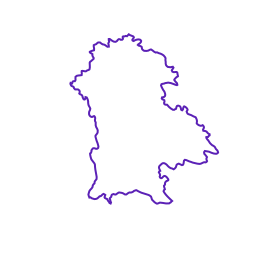 Kalinkavichy, Gomel, Belarus, rotated 45°
{"feature_id": "67162791B95934163913722", "entity_name": "Kalinkavichy", "entity_type": "district", "adm_level": 2, "iso_a3": "BLR", "parent_name": "Belarus", "parent_adm1": "Gomel", "projection": "equal_earth", "projection_center": [29.457, 52.185], "detail": "fine", "context": "isolated", "style": "outline", "palette": "violet", "viewbox_px": 256, "rotation_deg": 45, "n_neighbors": 0, "source": "geoboundaries", "source_scale": "gbopen_adm2", "svg_char_len": 5764}
<svg xmlns="http://www.w3.org/2000/svg" viewBox="0 0 256 256"><g transform="rotate(45 128 128)"><path d="M62.3,61.2L62.4,63.8L61.2,64.6L60.8,65.7L59.8,66.6L59.8,67.3L60.6,68.0L61.4,68.5L61.5,69.6L60.6,70.7L59.4,71.0L58.6,71.8L58.5,73.1L58.7,74.1L58.5,75.2L58.3,75.8L57.4,76.6L56.8,77.0L55.2,77.5L52.1,78.0L51.5,78.7L52.3,79.5L53.7,80.3L53.9,81.3L54.3,82.2L55.6,82.9L56.9,84.0L56.0,85.1L53.0,85.6L51.8,86.1L51.1,86.7L49.7,87.1L47.7,87.3L46.4,88.6L46.2,89.8L46.2,91.2L45.6,92.5L45.2,93.6L45.9,94.4L48.1,96.0L49.0,97.1L48.0,98.8L47.5,99.9L47.1,101.1L47.5,101.5L48.4,101.5L49.9,101.0L50.6,100.9L51.4,101.8L52.4,102.3L54.3,102.8L54.8,103.5L54.7,104.9L54.6,106.8L54.4,108.0L54.8,109.0L57.1,111.1L58.3,112.3L59.3,113.8L59.2,114.5L58.3,116.5L58.2,117.5L57.8,118.1L57.1,118.6L55.5,119.7L55.0,120.4L55.5,121.1L56.8,122.1L57.8,123.4L56.6,125.0L55.8,125.9L54.9,127.3L54.7,128.9L55.6,129.9L56.9,131.1L57.2,131.7L57.3,132.5L56.7,133.0L56.1,134.1L56.3,135.0L57.0,136.0L56.1,136.7L55.6,136.8L56.0,137.5L57.5,138.1L58.3,138.2L60.0,137.5L60.8,137.5L61.6,138.0L62.7,138.1L63.3,138.1L63.8,137.7L64.8,136.6L65.6,136.0L67.1,135.9L67.9,136.2L68.7,137.1L69.2,138.1L70.3,138.0L70.8,137.7L72.2,137.4L73.5,137.8L74.3,138.4L76.0,139.0L76.5,139.0L77.2,138.5L77.2,137.8L76.8,137.1L76.1,136.2L77.2,135.6L78.5,136.0L80.0,136.7L81.4,137.7L81.8,138.2L83.1,139.2L84.3,139.9L86.5,140.5L87.7,141.0L88.5,142.3L88.8,143.3L89.2,144.2L90.6,145.7L91.9,146.3L93.1,146.4L93.8,146.2L94.6,145.8L95.1,145.1L95.2,144.2L95.7,143.5L96.5,143.5L97.7,144.1L98.4,144.9L98.9,145.7L99.8,146.4L101.2,146.9L103.3,149.0L105.0,149.9L106.6,150.3L108.3,151.1L109.8,152.8L110.1,153.9L110.4,156.3L111.2,157.2L114.8,159.2L117.3,160.3L120.1,161.9L121.0,163.2L120.9,164.3L120.2,165.3L118.8,165.9L118.0,166.6L117.6,167.3L117.7,168.4L118.0,169.7L118.8,170.5L119.4,171.8L119.2,172.8L120.2,173.7L122.2,175.0L124.3,176.1L129.4,176.8L130.5,177.3L132.3,178.9L134.2,180.4L140.5,184.8L141.9,186.4L142.2,189.0L142.5,189.7L143.5,190.9L143.4,192.2L143.7,193.5L144.7,194.9L145.0,196.5L145.0,198.1L145.2,199.6L145.8,200.9L147.0,203.0L148.3,203.8L149.9,204.5L150.4,203.6L152.1,203.3L154.4,202.1L155.4,201.0L156.0,199.8L156.2,198.3L156.2,196.4L156.7,195.8L157.0,194.9L157.0,192.9L157.3,191.9L158.6,191.5L159.3,191.4L160.3,193.5L161.0,193.8L162.3,193.5L163.5,193.0L165.0,193.5L167.2,193.8L167.9,194.1L169.1,193.7L168.7,192.7L167.3,192.1L166.1,191.3L165.1,191.0L164.8,190.4L164.8,188.5L164.0,187.4L163.8,186.6L163.9,186.1L164.5,184.9L165.6,184.4L166.4,183.7L167.0,180.4L167.5,179.7L169.3,178.4L170.3,177.8L172.9,177.1L173.8,176.2L174.2,173.5L174.8,172.3L175.7,171.6L176.4,170.3L176.7,169.1L176.7,168.3L177.7,166.2L178.7,165.8L179.9,165.5L181.9,164.8L183.4,164.2L189.7,160.9L190.8,160.5L192.7,160.2L193.6,160.6L194.7,161.2L195.7,161.7L199.2,161.7L200.9,161.4L202.0,161.0L202.6,160.0L203.3,158.2L205.7,156.3L207.9,154.7L208.8,153.9L210.4,152.2L210.5,151.4L210.8,150.5L210.7,149.4L210.8,148.4L206.7,148.5L204.3,148.5L202.3,148.4L200.5,148.2L198.9,147.9L197.9,147.6L197.4,146.7L197.4,145.2L195.0,144.0L194.3,143.4L194.3,142.6L194.0,141.6L193.2,140.9L192.8,140.1L192.7,139.2L192.7,138.2L193.2,137.4L193.4,136.5L192.8,135.8L191.2,135.5L189.9,135.4L188.5,135.6L187.5,136.3L187.3,137.3L187.3,139.5L186.9,140.1L185.7,140.4L184.8,140.0L184.2,138.8L183.2,138.1L181.1,137.5L180.8,136.5L181.1,135.5L180.3,135.2L179.3,134.9L178.0,134.2L177.2,133.1L177.1,131.9L177.2,129.3L177.6,128.1L178.5,127.3L179.8,126.8L181.3,126.6L183.2,126.7L184.9,126.6L186.6,126.2L187.7,125.5L189.5,124.9L189.7,123.4L189.6,122.0L188.4,119.6L188.5,118.6L189.1,117.3L192.4,116.1L192.9,115.1L192.5,114.0L190.7,111.5L190.7,110.3L191.9,109.5L194.9,108.3L196.4,107.5L198.2,106.7L202.1,104.3L203.9,102.9L204.7,101.8L205.7,99.0L206.1,98.3L207.2,97.4L207.5,96.5L207.3,95.5L205.9,94.9L205.0,94.1L204.4,92.7L201.5,92.3L200.2,92.3L198.9,91.3L198.6,89.9L200.7,88.4L202.0,87.5L204.5,86.5L206.7,85.4L208.6,83.9L209.1,82.8L209.1,81.7L208.2,81.1L207.0,80.7L205.1,80.7L202.7,80.0L201.0,80.2L199.9,80.6L198.7,80.7L196.7,80.7L193.4,80.0L192.2,80.0L190.4,79.6L189.8,79.1L190.2,78.4L190.9,77.8L190.7,76.2L190.9,75.5L190.1,74.7L189.0,75.1L188.0,75.2L186.1,75.0L184.8,75.5L183.2,76.7L182.2,76.1L181.5,74.1L180.6,73.4L179.6,73.2L178.8,73.2L178.5,74.1L178.1,74.7L177.6,75.2L175.9,76.0L174.6,76.2L173.4,76.2L172.7,75.4L171.9,74.3L170.5,73.4L169.2,72.9L168.2,72.6L166.0,73.5L163.6,74.2L160.7,75.6L159.7,75.7L157.8,74.9L157.3,73.0L156.5,72.6L155.3,72.4L153.7,72.5L152.4,73.0L152.4,73.7L153.1,75.2L153.6,75.7L153.8,76.5L153.8,77.2L152.9,77.5L152.3,77.3L151.5,76.7L150.5,76.2L149.6,75.9L148.1,76.4L147.5,76.9L147.1,77.8L147.4,78.9L148.2,80.1L148.4,80.6L147.9,81.6L147.9,82.3L147.0,83.3L144.6,83.9L142.2,84.1L139.2,83.9L138.4,84.7L137.7,85.2L136.5,85.3L135.7,84.7L135.2,83.6L134.1,82.7L133.3,82.8L132.1,83.4L131.0,83.3L130.4,82.3L131.0,81.5L131.5,80.6L131.6,79.4L131.0,78.3L129.8,77.4L127.9,76.5L125.9,76.2L123.0,75.3L121.2,74.5L120.7,73.3L121.3,72.2L122.1,71.1L122.6,69.9L123.7,68.4L124.3,67.5L126.6,65.9L130.2,64.2L131.0,63.9L132.3,63.1L132.4,62.6L131.0,61.7L128.3,61.6L126.7,61.3L126.4,60.4L126.3,58.2L126.4,57.4L126.7,56.7L126.7,56.0L125.1,55.0L123.7,54.0L122.8,54.0L121.8,55.0L121.0,56.1L119.6,56.8L118.2,56.3L117.9,55.4L117.8,54.1L117.5,53.2L116.4,53.0L114.9,55.2L113.9,55.9L113.1,56.6L111.8,56.8L110.6,56.7L109.2,55.9L107.9,54.6L106.4,53.5L105.2,52.1L104.1,51.7L101.9,51.5L100.3,51.8L98.5,52.4L97.1,53.2L95.0,54.0L94.2,55.1L92.5,55.6L90.5,55.8L88.7,56.2L88.1,57.3L87.6,59.0L86.6,60.4L85.2,61.7L84.3,62.2L82.5,62.3L81.9,62.1L80.4,61.0L79.5,61.1L78.4,61.5L77.3,62.2L76.2,62.3L76.1,61.5L76.5,59.4L76.3,57.9L75.7,57.1L74.4,56.9L73.0,57.7L71.9,59.0L70.9,60.9L70.7,61.9L70.3,62.7L69.4,62.9L68.8,62.7L68.5,62.0L68.4,60.8L68.0,59.7L67.0,59.5L63.5,61.0L62.3,61.2Z" fill="none" stroke="#5b21b6" stroke-width="2"/></g></svg>